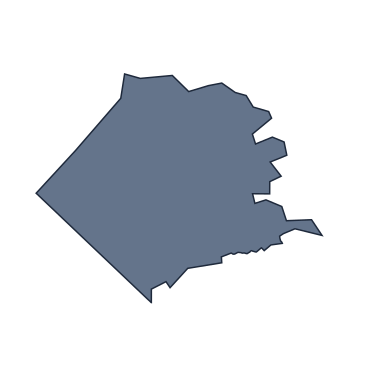 Davie, North Carolina, United States of America, rotated 310°
{"feature_id": "52423323B1235583382537", "entity_name": "Davie", "entity_type": "district", "adm_level": 2, "iso_a3": "USA", "parent_name": "United States of America", "parent_adm1": "North Carolina", "projection": "orthographic", "projection_center": [-80.521, 35.903], "detail": "fine", "context": "isolated", "style": "filled", "palette": "slate", "viewbox_px": 384, "rotation_deg": 310, "n_neighbors": 0, "source": "geoboundaries", "source_scale": "gbopen_adm2", "svg_char_len": 1081}
<svg xmlns="http://www.w3.org/2000/svg" viewBox="0 0 384 384"><g transform="rotate(310 192 192)"><path d="M218.0,77.2L148.5,76.1L144.5,75.9L90.9,73.4L83.8,188.1L81.4,226.7L81.3,229.7L81.1,231.7L81.2,231.9L91.5,223.3L106.6,229.7L104.6,236.7L130.8,237.8L156.9,260.3L161.2,256.2L170.1,261.1L170.5,261.5L170.8,263.4L171.9,264.6L174.9,265.8L175.4,266.1L177.1,268.6L177.4,269.7L178.9,271.2L179.7,273.1L180.3,273.9L180.9,274.1L182.1,274.4L183.0,274.9L184.0,274.8L184.8,275.0L185.2,275.2L185.4,275.5L185.8,276.8L186.3,277.7L186.8,279.0L187.5,279.9L193.8,281.0L193.9,281.3L193.5,285.0L202.2,286.5L210.7,294.2L211.3,293.1L211.5,291.3L213.1,289.0L214.5,287.5L218.9,288.8L230.0,294.5L242.3,319.5L247.6,301.4L230.7,282.8L238.6,270.1L233.5,253.7L223.7,247.5L229.6,239.5L240.5,252.7L249.9,244.9L261.4,250.1L265.2,232.6L281.1,241.0L289.5,230.4L285.7,218.3L269.6,209.8L275.2,201.0L299.7,205.5L302.9,199.0L296.4,184.3L300.7,171.5L296.0,161.1L294.6,144.8L283.9,136.1L283.1,135.6L266.8,124.9L268.6,102.0L245.8,79.4L239.1,64.5L218.0,77.2Z" fill="#64748b" stroke="#1e293b" stroke-width="1.5"/></g></svg>